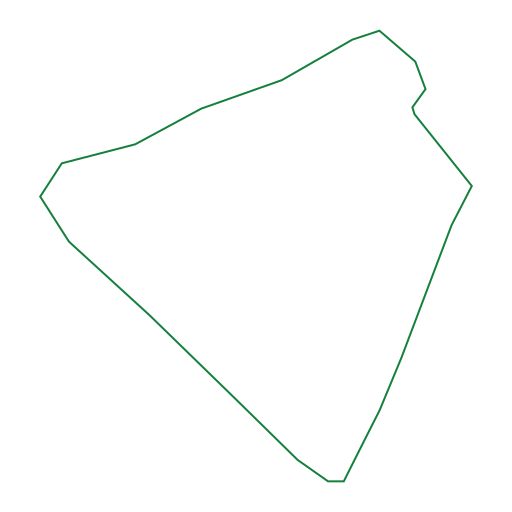 map outline of Telford and Wrekin (Mercator projection)
{"feature_id": "GBR-2121", "entity_name": "Telford and Wrekin", "entity_type": "Unitary Authority", "adm_level": 1, "iso_a3": "GBR", "parent_name": "United Kingdom", "parent_adm1": "", "projection": "mercator", "projection_center": [-2.456, 52.714], "detail": "fine", "context": "isolated", "style": "outline", "palette": "green", "viewbox_px": 512, "rotation_deg": 0, "n_neighbors": 0, "source": "natural_earth", "source_scale": "10m", "svg_char_len": 394}
<svg xmlns="http://www.w3.org/2000/svg" viewBox="0 0 512 512"><path d="M379.4,30.7L415.3,61.6L425.5,89.1L412.4,107.3L414.5,114.2L471.8,186.0L451.6,225.1L401.3,358.0L379.7,410.1L358.1,452.8L343.8,481.3L328.0,481.3L297.7,460.0L237.3,400.7L149.6,315.3L69.0,241.7L40.2,196.6L61.8,163.3L135.2,144.3L201.3,108.6L281.9,80.1L352.4,39.6L379.4,30.7Z" fill="none" stroke="#15803d" stroke-width="2"/></svg>